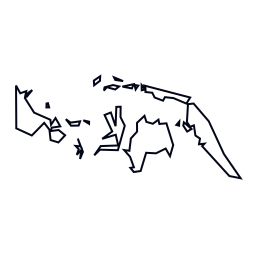 SVG path tracing the border of Indonesia, rotated 179°
{"feature_id": "IDN", "entity_name": "Indonesia", "entity_type": "country or territory", "adm_level": 0, "iso_a3": "IDN", "parent_name": "Asia", "parent_adm1": "", "projection": "equal_earth", "projection_center": [119.503, -2.501], "detail": "medium", "context": "isolated", "style": "outline", "palette": "ink", "viewbox_px": 256, "rotation_deg": 179, "n_neighbors": 0, "source": "natural_earth", "source_scale": "50m", "svg_char_len": 1923}
<svg xmlns="http://www.w3.org/2000/svg" viewBox="0 0 256 256"><g transform="rotate(179 128 128)"><path d="M86.5,99.1L90.7,106.8L100.4,102.2L110.3,102.9L116.1,84.8L123.0,83.9L126.3,88.1L122.8,88.6L126.4,99.1L132.2,106.0L127.0,105.2L125.3,117.5L119.0,124.2L118.9,133.0L111.3,139.9L109.5,133.8L103.1,131.8L97.4,135.8L96.6,131.5L89.5,132.0L83.1,110.1L86.5,99.1ZM16.3,75.8L27.5,78.2L54.2,108.6L51.8,111.0L57.3,110.5L56.2,116.2L60.7,119.3L62.1,129.5L65.8,128.1L69.0,132.9L67.6,150.8L62.0,151.3L47.1,133.3L32.5,100.2L16.3,75.8ZM239.7,129.6L239.2,172.4L235.1,164.6L229.1,166.6L230.6,159.8L221.6,145.0L205.5,137.6L204.9,132.6L200.3,139.2L195.7,130.8L204.2,129.7L205.3,126.3L197.4,127.2L191.0,121.8L197.8,114.8L205.6,117.3L206.6,127.7L211.7,134.6L224.3,122.2L239.7,129.6ZM162.2,101.3L155.6,110.4L138.1,110.7L140.4,121.5L154.0,117.6L143.8,124.8L151.2,141.4L144.9,143.8L140.4,130.0L139.3,149.3L135.0,149.4L135.3,139.0L131.2,130.4L138.5,106.0L156.4,106.8L162.2,101.3ZM69.2,151.4L82.0,157.1L90.5,158.2L92.5,154.7L100.8,158.0L103.1,162.8L109.9,163.7L109.9,167.7L110.8,170.1L65.3,157.4L69.2,151.4ZM175.0,106.8L179.7,102.1L177.6,107.6L180.7,111.0L175.8,110.5L178.4,118.3L173.5,104.9L176.5,97.9L175.0,106.8ZM184.9,131.3L190.0,137.9L185.3,134.4L175.8,135.5L177.3,131.3L184.9,131.3ZM150.7,169.1L142.2,171.2L136.2,169.7L140.1,166.7L148.5,169.2L151.4,165.8L150.7,169.1ZM123.4,167.5L132.9,169.5L121.6,171.7L123.4,167.5ZM161.1,171.3L161.3,176.0L154.9,180.2L155.2,175.7L161.1,171.3ZM68.9,123.4L72.7,129.4L72.0,132.7L64.5,125.9L68.9,123.4ZM229.7,163.1L223.1,167.6L228.6,161.1L229.7,163.1ZM132.1,175.0L139.9,176.3L141.1,178.9L132.1,175.0ZM166.9,132.9L172.5,136.4L166.8,135.0L166.9,132.9ZM113.6,165.5L113.6,170.6L110.2,166.2L113.6,165.5ZM119.7,166.4L120.6,170.9L117.0,170.2L119.7,166.4ZM79.6,130.2L76.6,133.6L76.9,129.4L79.6,130.2ZM209.2,150.0L209.0,153.9L207.6,154.2L206.5,150.0L209.2,150.0Z" fill="none" stroke="#020617" stroke-width="2"/></g></svg>